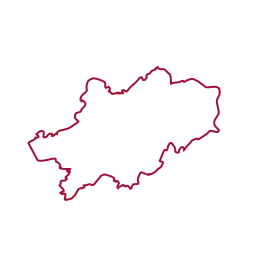 an SVG outline of Central Finland, rotated 71°
{"feature_id": "FIN-3177", "entity_name": "Central Finland", "entity_type": "Province", "adm_level": 1, "iso_a3": "FIN", "parent_name": "Finland", "parent_adm1": "", "projection": "mercator", "projection_center": [25.479, 62.526], "detail": "fine", "context": "isolated", "style": "outline", "palette": "rose", "viewbox_px": 256, "rotation_deg": 71, "n_neighbors": 0, "source": "natural_earth", "source_scale": "10m", "svg_char_len": 4791}
<svg xmlns="http://www.w3.org/2000/svg" viewBox="0 0 256 256"><g transform="rotate(71 128 128)"><path d="M159.6,42.7L160.1,43.0L161.0,44.0L160.7,45.3L158.0,50.0L157.5,51.1L157.8,52.7L158.4,53.6L159.5,56.0L160.8,61.7L161.6,64.4L161.6,65.5L160.6,65.9L160.4,66.7L160.4,68.7L160.6,71.6L162.4,74.1L163.7,77.0L165.3,79.8L166.5,81.0L167.1,82.2L165.2,81.9L164.1,82.3L163.7,82.8L163.8,84.4L164.3,85.2L165.3,86.6L166.6,87.4L167.3,87.5L167.6,88.7L167.0,89.9L166.1,90.9L165.7,91.0L164.0,90.4L161.6,90.1L156.5,91.6L156.0,93.2L156.7,94.4L158.1,95.9L160.9,97.7L161.7,98.8L161.6,99.0L160.6,100.4L161.2,101.5L169.1,108.4L169.7,108.7L170.5,107.7L171.4,106.3L172.5,106.4L173.8,107.5L175.3,109.2L175.9,110.3L176.2,111.6L176.6,113.4L177.6,114.7L178.6,117.7L179.1,120.6L178.9,122.0L178.5,122.9L178.8,123.0L179.1,123.5L178.5,124.6L174.2,129.9L174.5,131.1L178.8,134.9L180.0,135.5L182.9,135.8L184.0,136.7L183.7,138.5L183.4,139.7L183.2,140.3L183.0,140.9L183.2,142.0L186.3,144.8L186.2,145.6L184.2,146.1L182.9,146.8L182.4,147.5L182.1,148.6L182.5,148.8L182.5,149.5L182.2,149.9L181.6,150.5L180.4,150.9L180.2,151.9L180.4,152.4L180.7,153.5L180.8,154.7L180.8,155.5L181.2,156.4L181.7,156.9L181.3,157.3L180.2,157.2L179.1,156.4L177.9,155.1L177.5,154.7L176.4,154.5L175.9,154.6L175.0,155.0L174.3,156.0L174.5,156.1L174.9,156.3L174.8,156.8L174.5,157.2L174.0,157.9L173.4,158.4L173.0,158.5L171.8,157.5L170.8,157.5L168.0,159.9L164.2,165.4L164.3,168.7L170.4,178.7L170.2,181.0L169.1,181.7L168.5,183.3L168.5,185.5L168.0,188.3L168.2,188.2L169.5,188.3L169.9,189.1L169.9,189.9L169.6,193.3L169.8,194.7L170.2,195.4L173.9,199.6L174.5,200.6L175.9,203.4L176.3,204.7L176.3,206.0L175.7,210.3L174.9,211.0L170.5,208.7L169.6,209.1L169.1,210.5L169.0,211.2L169.0,211.6L168.8,212.2L167.8,212.9L167.3,213.1L167.0,212.3L166.8,211.6L166.9,210.9L167.0,210.3L166.7,209.3L166.1,209.1L164.5,209.3L160.8,211.0L160.4,211.4L160.0,211.4L158.8,209.9L157.1,209.2L156.6,208.7L156.2,207.9L156.2,207.7L156.4,207.5L156.6,206.9L156.8,206.0L157.2,204.8L157.2,204.4L157.1,204.0L156.8,203.6L156.6,203.1L156.0,202.4L155.1,203.2L154.2,203.0L153.8,202.4L153.2,200.5L152.9,199.6L152.3,198.9L150.6,197.3L150.2,197.8L150.0,198.5L149.6,199.4L148.9,199.6L148.5,199.4L148.3,198.6L148.5,198.0L148.6,197.0L148.3,196.3L147.9,196.0L147.5,197.1L147.2,198.2L146.0,201.7L144.4,204.7L143.7,205.5L143.1,205.4L143.5,204.6L142.7,204.4L140.6,204.3L139.5,204.5L138.2,205.2L136.7,206.7L136.0,207.0L133.8,206.5L133.2,206.8L132.6,209.0L131.6,217.0L130.9,220.3L130.1,222.4L129.4,223.6L128.4,224.1L109.9,227.0L109.5,226.6L108.8,223.9L108.6,221.2L107.9,219.2L107.0,218.7L106.9,218.2L107.6,217.2L107.3,215.5L106.0,215.3L105.0,216.2L104.0,216.6L103.7,215.6L102.9,214.0L102.4,212.4L102.7,210.4L104.1,209.0L105.8,209.4L108.6,210.8L109.5,210.4L109.5,209.8L109.5,209.5L109.7,209.2L109.9,208.7L109.8,207.8L108.8,206.4L108.2,205.2L108.0,204.0L108.4,202.4L109.0,201.7L109.6,201.9L109.9,202.3L110.6,202.6L111.1,202.0L111.0,200.6L110.0,198.4L109.8,197.6L110.1,197.4L110.5,197.0L109.6,196.6L108.6,195.7L108.3,193.2L108.7,189.6L109.0,185.3L108.6,182.2L106.9,175.9L106.5,174.3L105.7,172.8L101.7,174.7L100.4,174.7L97.9,173.3L97.2,172.5L97.1,171.8L97.1,170.4L97.2,168.8L97.2,167.9L96.5,166.8L95.7,166.3L94.7,164.8L93.8,163.0L92.8,161.4L91.3,160.3L90.0,160.3L87.9,161.4L87.1,162.0L87.6,163.3L86.5,163.8L84.8,163.4L84.3,162.7L82.9,161.9L81.2,159.0L80.7,157.0L79.2,154.7L75.8,153.9L73.9,153.0L72.1,151.8L71.1,150.9L70.3,149.7L69.8,147.7L69.7,144.7L70.9,142.2L74.4,137.6L76.0,136.0L77.2,135.1L78.2,134.9L81.7,136.2L82.7,136.0L83.0,135.0L82.8,134.0L82.7,133.0L84.6,132.2L85.2,132.5L85.6,132.6L86.2,132.8L86.6,133.5L86.7,134.0L87.3,134.2L88.1,133.3L89.1,132.6L89.6,132.4L90.1,132.3L90.6,131.8L90.5,131.3L90.5,130.9L91.0,130.3L91.2,129.0L91.2,128.1L91.3,127.8L91.3,127.5L91.2,127.1L91.2,126.6L91.3,126.6L91.7,126.7L91.8,126.7L91.9,126.4L91.7,126.3L91.6,126.0L91.6,125.3L91.6,125.2L91.8,125.0L92.7,124.7L92.8,124.4L92.7,124.0L92.6,123.0L92.5,122.7L92.4,122.4L92.4,122.1L93.4,122.2L93.5,121.9L93.5,121.4L93.2,121.1L92.0,121.3L90.7,121.3L90.5,120.4L90.9,119.7L93.1,117.4L92.5,116.0L91.6,114.9L90.2,112.6L86.9,104.8L84.3,100.4L84.3,98.7L84.9,98.5L87.5,98.1L88.0,96.7L87.6,95.5L86.6,94.1L85.2,93.5L84.3,93.5L83.5,91.9L83.6,90.3L83.2,89.0L82.6,88.5L82.1,87.6L81.7,86.3L81.6,85.3L81.5,84.1L81.6,83.3L81.4,82.5L81.2,82.6L81.0,82.8L80.6,82.5L80.1,80.1L81.6,79.7L82.7,78.6L83.5,76.8L84.2,74.6L91.2,70.9L93.7,71.0L100.1,72.9L100.2,72.4L100.1,70.5L100.4,68.8L101.0,66.2L101.3,64.0L101.1,62.8L101.1,61.1L101.4,60.7L102.5,60.0L102.8,59.9L102.1,56.5L102.1,52.6L103.3,49.9L106.9,46.4L112.5,42.6L114.7,41.3L115.8,38.5L116.5,35.0L117.7,31.4L119.4,29.4L121.1,29.0L124.5,29.8L126.5,30.8L130.2,34.6L132.2,35.6L142.6,36.9L144.7,38.3L148.1,42.7L150.0,44.4L152.5,45.2L155.0,44.8L159.6,42.7Z" fill="none" stroke="#9f1239" stroke-width="2"/></g></svg>